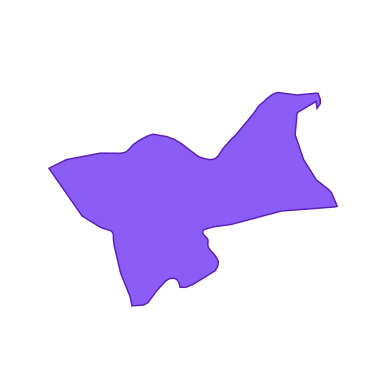 an SVG outline of Manubah, rotated 13°
{"feature_id": "TUN-102", "entity_name": "Manubah", "entity_type": "Governorate", "adm_level": 1, "iso_a3": "TUN", "parent_name": "Tunisia", "parent_adm1": "", "projection": "robinson", "projection_center": [9.985, 36.85], "detail": "fine", "context": "isolated", "style": "filled", "palette": "violet", "viewbox_px": 384, "rotation_deg": 13, "n_neighbors": 0, "source": "natural_earth", "source_scale": "10m", "svg_char_len": 1361}
<svg xmlns="http://www.w3.org/2000/svg" viewBox="0 0 384 384"><g transform="rotate(13 192 192)"><path d="M292.7,67.6L296.0,72.6L297.2,76.9L295.0,82.3L292.5,75.9L276.6,91.1L279.6,113.0L293.5,135.4L310.4,152.2L324.2,158.7L328.1,161.3L336.7,173.2L335.1,174.2L283.2,190.5L237.5,214.8L221.8,220.7L214.9,224.3L211.5,226.6L211.3,228.3L211.8,229.7L212.6,230.6L213.9,231.6L216.7,233.4L218.0,234.5L218.5,235.6L218.9,237.5L219.1,239.2L219.6,240.8L220.6,242.4L221.9,243.8L228.5,248.5L231.6,251.5L232.8,253.1L233.5,254.8L233.7,256.9L233.7,258.6L232.5,263.3L214.1,281.5L207.4,286.3L201.8,287.5L200.2,284.2L199.3,282.9L197.9,281.4L196.5,280.6L194.9,280.3L193.5,280.3L190.3,281.1L188.3,282.6L186.2,285.0L180.1,295.6L174.0,309.6L170.4,313.0L159.1,316.4L155.3,308.0L140.8,287.2L128.7,262.7L126.0,255.6L125.2,252.2L124.6,250.5L123.4,249.1L121.3,248.0L111.4,247.2L90.4,240.2L47.3,201.1L62.1,188.8L94.1,174.7L113.5,170.4L117.1,168.8L119.5,167.0L123.9,159.3L128.9,153.6L135.4,148.0L138.8,145.8L141.4,144.4L154.9,143.7L162.4,144.6L169.4,146.7L189.0,155.5L191.6,156.2L197.0,156.7L201.8,156.5L205.0,155.4L207.1,154.1L208.3,152.6L209.3,151.1L209.9,149.7L212.7,142.2L218.7,131.2L221.6,127.0L234.5,101.3L237.0,94.8L237.8,93.1L239.0,91.2L242.2,87.1L244.5,83.5L248.2,79.1L250.8,77.1L253.5,75.7L272.8,73.8L290.4,67.9L292.7,67.6Z" fill="#8b5cf6" stroke="#5b21b6" stroke-width="1.5"/></g></svg>